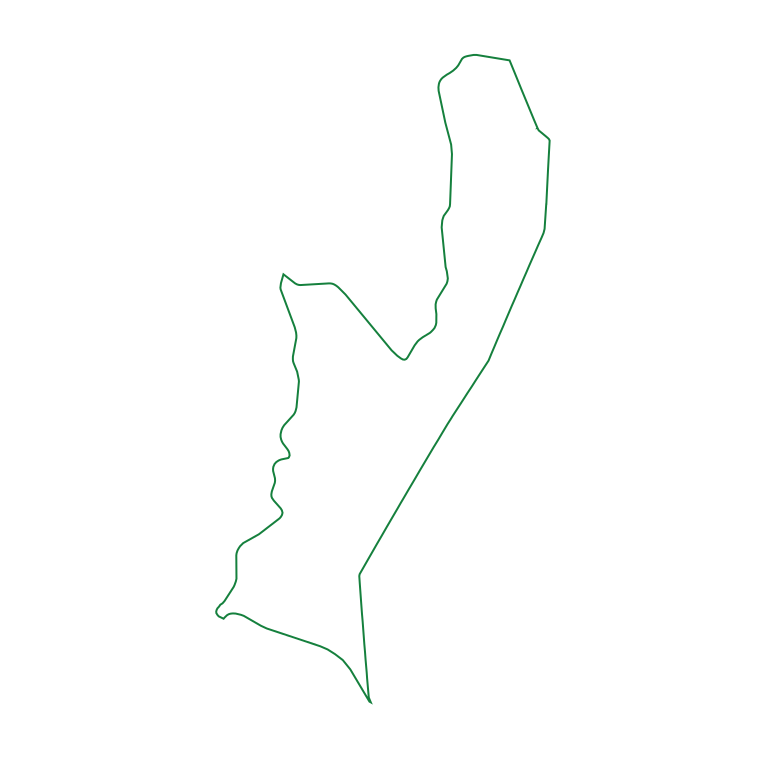 Al Hudud ash Shamaliyah, orthographic projection, rotated 82°
{"feature_id": "SAU-861", "entity_name": "Al Hudud ash Shamaliyah", "entity_type": "Region", "adm_level": 1, "iso_a3": "SAU", "parent_name": "Saudi Arabia", "parent_adm1": "", "projection": "orthographic", "projection_center": [42.216, 29.79], "detail": "fine", "context": "isolated", "style": "outline", "palette": "green", "viewbox_px": 768, "rotation_deg": 82, "n_neighbors": 0, "source": "natural_earth", "source_scale": "10m", "svg_char_len": 3300}
<svg xmlns="http://www.w3.org/2000/svg" viewBox="0 0 768 768"><g transform="rotate(82 384 384)"><path d="M166.1,186.1L180.2,188.9L194.4,191.7L208.5,194.4L222.6,197.1L228.4,198.2L228.4,198.3L252.8,203.4L256.7,205.0L260.7,207.4L268.0,212.0L274.2,215.8L280.5,219.7L286.8,223.6L293.1,227.4L299.4,231.3L305.7,235.1L312.0,239.0L318.3,242.8L324.6,246.7L330.9,250.5L337.2,254.3L343.6,258.1L349.9,262.0L356.2,265.8L362.6,269.6L368.9,273.4L375.4,277.2L380.2,281.4L386.4,286.8L392.5,292.1L398.7,297.4L404.8,302.8L411.8,308.8L418.7,314.8L425.6,320.8L427.1,322.0L432.6,326.7L440.4,333.0L446.9,338.2L453.3,343.5L459.8,348.7L466.3,353.9L474.8,360.7L483.3,367.4L491.8,374.2L500.3,380.9L503.9,383.8L508.8,387.6L517.4,394.4L525.9,401.1L534.5,407.8L541.6,413.4L548.7,418.9L555.9,424.5L563.0,430.0L568.8,434.5L569.3,434.7L569.8,434.9L570.2,435.0L570.7,435.2L577.5,435.7L583.4,436.1L589.3,436.5L595.2,436.9L601.1,437.3L608.7,437.8L616.3,438.2L623.9,438.7L631.5,439.2L639.1,439.7L646.7,440.1L654.3,440.6L661.9,441.0L667.5,441.3L673.2,441.7L678.8,442.0L684.5,442.3L692.3,442.7L695.5,441.9L697.4,441.4L696.5,442.6L661.9,457.1L651.7,463.2L644.6,470.2L639.0,476.8L634.8,483.7L609.8,534.1L606.3,539.5L594.1,555.1L592.6,557.9L590.7,562.8L590.2,565.3L590.1,566.6L590.1,568.2L590.4,569.9L591.1,571.6L593.1,574.4L594.1,575.5L591.1,580.0L589.6,581.0L587.6,581.9L585.9,581.8L584.3,581.1L582.9,580.1L581.7,578.6L581.2,578.1L579.8,576.8L578.7,574.4L576.7,572.1L564.0,561.1L562.3,560.0L558.9,558.2L556.3,557.2L533.1,554.1L531.0,553.5L528.4,552.2L526.4,550.7L524.6,549.1L521.9,545.5L515.4,528.8L502.5,506.1L501.1,504.5L499.4,503.2L497.4,502.4L494.9,502.7L492.8,503.6L484.2,509.3L481.2,510.8L479.5,511.1L477.5,510.9L474.7,510.0L466.7,505.9L464.6,505.3L462.1,505.1L454.7,505.9L452.7,505.7L450.6,505.1L448.0,503.5L446.3,501.5L445.1,499.0L444.6,497.2L444.4,496.0L444.0,489.7L443.9,489.0L443.2,488.3L441.6,487.4L439.0,487.4L436.9,487.9L434.8,488.9L428.8,492.3L426.7,493.1L424.5,493.6L422.0,493.8L419.3,493.4L415.6,492.0L413.1,490.5L410.9,488.6L401.8,477.7L400.1,476.3L398.4,475.3L395.0,473.9L369.7,467.9L367.8,467.8L359.7,468.3L350.7,470.6L348.8,470.9L346.8,470.8L344.2,470.4L326.3,464.4L323.8,464.0L320.8,463.9L315.4,464.5L275.9,473.2L274.2,473.2L269.8,472.0L261.4,468.3L272.0,458.0L273.3,456.2L274.0,454.6L274.3,453.4L274.4,452.8L276.7,424.6L277.0,422.8L277.6,421.0L278.6,419.3L280.1,417.5L281.9,415.8L290.0,409.7L351.7,371.8L357.9,366.9L361.2,363.5L362.4,361.8L362.8,360.1L362.3,358.4L360.9,356.9L350.0,348.3L346.5,344.8L345.2,343.0L343.1,339.2L339.8,331.5L338.9,330.1L337.1,327.8L335.6,326.2L332.9,324.5L330.7,323.7L322.1,322.4L316.2,322.3L312.3,321.8L309.8,320.9L307.8,319.9L293.4,308.0L291.1,306.9L288.3,306.1L281.1,306.1L276.8,306.7L236.9,305.1L230.1,303.5L227.7,302.4L225.8,301.4L220.6,296.4L218.9,295.1L217.2,294.1L214.8,293.5L165.8,284.7L156.2,284.2L133.7,286.9L101.3,289.1L97.8,288.8L94.6,287.9L93.0,287.2L91.4,286.1L89.9,284.7L88.7,283.1L86.4,278.7L85.2,275.7L83.3,271.9L81.0,268.5L78.9,266.2L72.9,261.5L71.8,259.9L71.3,258.5L71.1,257.4L71.0,256.9L70.8,254.6L70.6,249.4L71.0,246.6L81.0,214.6L94.7,211.1L111.0,207.0L127.3,202.8L143.6,198.6L151.8,196.4L151.9,196.5L151.9,196.4L154.4,195.5L163.1,187.6L164.6,186.5L165.3,186.3L165.5,186.3L165.7,186.2L165.9,186.1L166.1,186.1Z" fill="none" stroke="#15803d" stroke-width="2"/></g></svg>